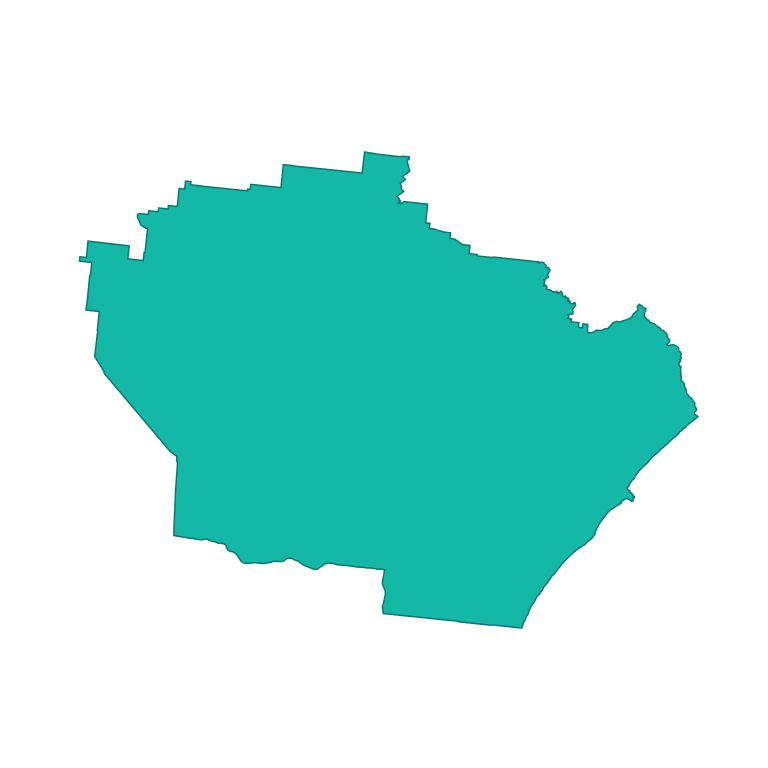 Nannup, Western Australia, Australia, rotated 276°
{"feature_id": "25037944B96867361654532", "entity_name": "Nannup", "entity_type": "district", "adm_level": 2, "iso_a3": "AUS", "parent_name": "Australia", "parent_adm1": "Western Australia", "projection": "equal_earth", "projection_center": [115.67, -34.135], "detail": "fine", "context": "isolated", "style": "filled", "palette": "teal", "viewbox_px": 768, "rotation_deg": 276, "n_neighbors": 0, "source": "geoboundaries", "source_scale": "gbopen_adm2", "svg_char_len": 6146}
<svg xmlns="http://www.w3.org/2000/svg" viewBox="0 0 768 768"><g transform="rotate(276 384 384)"><path d="M155.7,546.5L161.4,547.7L164.3,549.1L167.8,550.0L170.4,551.4L172.5,551.7L177.9,553.4L182.5,555.9L189.1,558.6L191.5,560.9L193.3,561.4L196.0,563.3L198.5,563.9L202.8,566.9L210.5,571.1L212.8,573.1L224.5,580.3L234.4,588.3L240.4,594.2L245.4,600.6L248.8,603.1L251.9,606.6L256.6,609.4L261.2,610.1L267.7,612.8L275.3,617.2L280.7,620.8L285.0,625.2L285.3,626.3L286.3,626.9L286.5,627.5L287.4,628.0L288.3,630.2L289.6,630.8L289.7,631.8L292.4,633.0L294.8,635.8L295.5,637.5L294.8,640.0L293.8,641.3L293.9,642.0L293.3,642.7L293.3,643.1L293.7,643.2L293.9,643.8L295.9,643.9L296.6,643.6L296.7,644.7L297.2,645.1L297.9,644.9L298.5,644.2L298.2,643.7L299.0,643.5L299.1,643.2L300.0,642.8L300.6,642.3L300.4,642.1L301.0,641.9L301.6,640.5L301.9,640.5L302.2,639.8L303.3,639.8L303.7,638.7L304.7,637.5L306.0,636.6L308.5,638.4L310.2,638.7L313.9,640.5L315.5,642.3L317.7,643.2L318.9,642.9L320.0,644.3L324.1,646.7L328.1,649.7L333.0,654.1L337.7,657.2L341.7,660.5L344.6,663.4L348.5,666.5L349.1,667.3L353.5,671.4L358.7,675.7L364.5,681.5L367.6,683.2L368.1,683.8L368.4,684.6L370.2,685.8L372.3,688.4L373.5,688.8L375.4,690.6L380.7,695.9L380.9,696.0L381.3,695.7L381.6,696.3L381.5,696.9L384.4,699.7L385.1,698.9L385.8,696.7L386.9,695.8L388.4,695.7L390.2,697.2L391.7,697.4L393.4,696.4L394.6,695.1L396.4,695.3L397.7,695.0L398.6,693.7L401.8,691.4L403.3,688.8L404.8,687.8L405.8,686.3L407.9,685.5L409.8,685.2L411.1,684.6L411.8,683.6L416.2,682.1L417.5,680.8L418.6,679.0L420.1,678.7L421.1,679.1L422.8,679.0L423.7,678.1L425.7,678.3L426.6,677.6L429.2,677.7L431.1,677.2L432.1,677.6L432.7,677.3L432.8,676.2L433.3,675.5L434.5,675.5L435.3,675.0L436.2,675.6L436.8,675.6L437.5,676.6L438.6,676.4L439.1,675.9L440.1,676.7L441.7,676.9L442.6,675.8L443.8,676.4L446.3,675.9L446.9,675.4L447.1,674.3L447.7,673.7L448.7,673.4L450.1,673.5L451.0,672.7L452.0,671.6L452.6,669.6L453.0,669.1L453.4,667.3L452.5,664.3L451.8,663.1L452.5,661.1L453.0,661.0L454.4,662.3L456.5,663.6L457.4,663.6L458.3,662.9L459.8,661.1L462.1,660.6L463.8,659.5L465.9,656.9L467.1,653.4L468.7,652.5L469.8,649.9L472.3,646.3L473.2,642.0L473.5,641.5L474.6,641.2L475.3,640.2L475.9,638.6L477.5,636.9L477.7,635.9L478.9,636.0L479.8,635.4L481.3,635.9L481.5,635.6L482.1,635.9L482.8,635.5L484.3,636.5L486.5,636.5L486.4,635.7L487.2,633.7L488.9,632.1L489.1,631.1L489.9,629.7L489.3,629.6L489.0,628.5L487.2,627.8L484.8,628.9L483.3,628.3L482.7,627.2L481.3,626.5L480.5,625.2L478.0,623.8L476.9,623.7L475.3,621.9L473.6,619.4L472.1,615.9L472.1,615.2L471.3,614.3L470.5,612.2L470.3,611.7L470.6,608.9L469.1,605.7L468.6,605.1L467.6,604.7L462.4,600.5L462.0,598.0L461.3,596.7L460.1,595.3L459.7,589.7L457.7,587.2L456.8,585.3L456.4,582.4L456.6,581.2L459.8,580.6L464.5,580.5L464.5,575.4L460.7,575.4L460.7,571.5L465.5,571.4L465.3,563.5L468.3,563.5L468.3,559.6L470.2,560.8L472.2,559.8L472.5,561.2L473.2,562.7L473.3,564.6L476.0,564.3L476.4,564.1L476.6,563.4L476.9,563.3L478.1,564.1L479.6,564.2L479.9,564.7L480.8,565.5L481.1,565.3L482.2,566.3L484.4,565.8L484.8,564.8L483.1,562.0L483.2,561.0L483.8,560.5L485.1,560.7L485.3,560.4L485.1,559.6L485.3,559.4L485.5,559.5L485.5,560.0L486.1,559.9L486.4,559.4L485.6,558.7L485.5,558.3L485.7,557.9L488.6,558.7L488.8,557.7L488.6,556.4L488.8,555.3L490.0,555.7L490.4,555.4L490.0,554.2L490.2,552.6L491.7,551.5L492.3,552.2L492.7,552.1L494.6,550.5L494.6,549.9L493.2,549.1L493.1,548.2L492.5,548.1L493.3,547.5L493.1,547.1L493.4,547.0L493.4,546.5L494.0,546.2L493.2,546.0L493.1,546.4L492.9,546.0L492.9,545.6L493.3,545.4L493.2,543.8L493.6,543.6L493.6,542.9L493.2,542.6L493.5,542.2L493.4,541.7L494.3,540.7L495.0,538.8L495.3,535.5L497.9,535.8L499.3,534.3L498.7,533.0L498.1,532.8L498.2,532.2L500.3,532.8L503.7,533.1L504.2,532.9L504.0,532.3L504.4,532.0L505.5,534.1L507.4,536.3L508.4,536.2L509.1,535.2L514.9,537.2L515.3,536.9L515.7,535.9L517.0,535.5L516.6,533.3L516.9,532.7L518.7,532.9L519.4,531.7L521.0,530.4L521.6,529.1L521.6,528.0L520.4,525.7L520.9,524.8L521.6,525.2L521.7,481.2L521.1,477.0L521.1,463.2L522.5,463.2L522.5,455.0L530.8,455.0L530.8,447.6L535.5,439.3L535.6,434.3L541.3,434.3L541.4,427.3L543.4,417.8L543.4,412.8L548.6,412.9L548.6,408.6L567.4,408.6L567.5,384.8L565.1,382.1L566.0,381.5L566.1,380.8L565.3,380.2L565.7,379.3L566.6,380.2L566.5,380.9L568.1,380.9L568.5,379.8L569.3,379.9L570.3,379.2L572.0,377.3L577.5,383.5L580.3,380.5L581.4,381.0L585.4,379.3L589.4,383.9L592.4,380.7L598.3,387.4L607.5,383.8L609.6,383.8L609.6,385.4L612.5,385.4L612.5,378.4L611.8,377.1L611.7,375.6L611.9,354.0L612.7,340.4L591.5,340.2L591.4,275.3L591.7,265.8L591.6,261.0L568.6,261.0L568.6,230.6L563.6,230.6L563.6,228.1L561.8,228.1L561.7,182.1L561.9,182.1L561.9,170.8L565.1,170.8L565.1,165.4L557.1,165.4L557.1,159.8L538.9,159.8L539.0,150.9L535.5,150.9L535.5,141.4L531.7,141.4L531.7,131.9L528.0,131.9L528.0,123.6L527.3,122.0L526.7,121.3L525.4,121.2L523.6,121.7L521.6,122.7L519.6,124.1L516.7,125.4L515.2,128.2L514.6,130.1L514.0,131.1L514.0,131.8L514.4,132.6L489.7,132.6L489.7,131.7L481.6,131.6L481.7,116.1L494.7,116.2L495.2,74.7L478.7,74.8L478.7,68.3L474.4,68.3L474.3,80.7L461.0,80.6L461.0,80.0L436.9,80.2L426.4,79.8L426.3,93.2L407.5,93.3L407.5,93.7L381.1,93.4L367.5,104.0L365.3,104.7L294.4,178.5L290.4,185.5L286.5,185.7L284.1,186.8L282.1,187.0L257.1,187.8L216.6,190.3L211.3,190.9L210.5,204.7L210.2,206.7L210.4,209.9L209.8,217.4L210.0,218.9L211.1,222.5L211.2,223.8L210.9,225.2L209.7,228.5L209.3,232.9L208.4,235.4L208.5,240.0L208.3,241.3L207.6,242.9L206.7,243.8L203.5,245.3L202.5,246.1L201.5,248.3L201.3,251.0L201.0,252.2L199.4,254.9L198.1,256.2L193.2,259.9L192.0,261.4L191.3,263.5L191.4,267.8L192.6,272.6L193.0,283.4L194.6,289.4L196.2,293.0L196.7,300.9L197.4,302.6L200.2,305.6L201.0,308.2L200.8,311.1L199.6,313.6L198.8,317.5L196.7,320.7L195.0,324.1L192.3,334.4L192.4,335.5L193.1,337.2L198.6,343.7L199.5,345.0L200.1,347.1L200.2,353.0L199.5,355.4L199.3,357.3L199.6,365.7L199.4,373.6L199.1,376.9L199.5,381.9L199.3,386.2L199.7,392.3L199.0,396.7L199.6,401.2L199.5,404.0L185.9,403.1L184.4,403.5L178.9,406.6L175.4,407.4L165.9,406.4L162.1,405.7L155.6,407.2L155.8,483.9L155.3,483.6L155.3,514.8L155.7,517.8L155.7,546.5Z" fill="#14b8a6" stroke="#0f766e" stroke-width="1.5"/></g></svg>